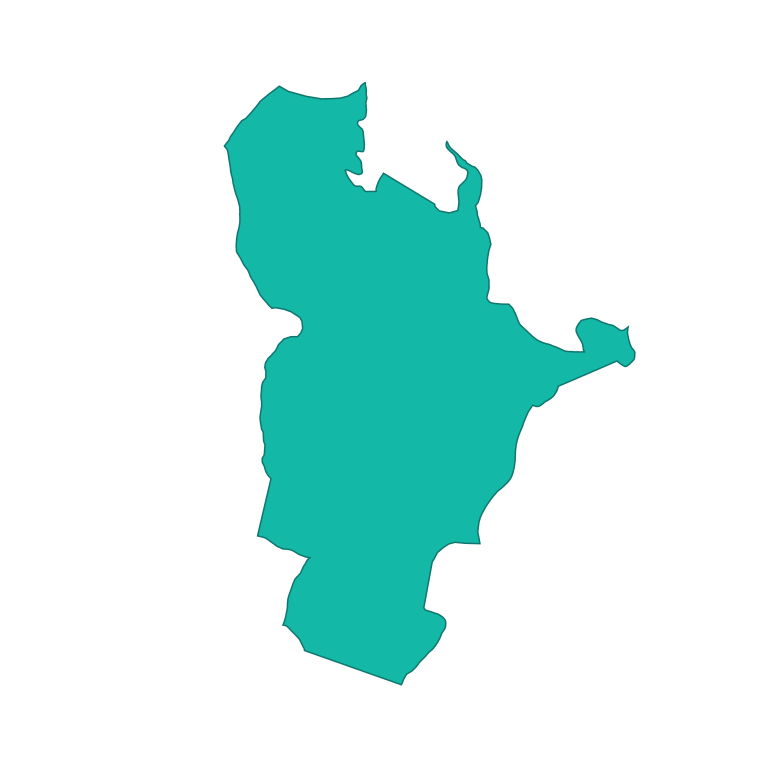 Monchy/Riviere Mitan, Gros Islet, Saint Lucia (Natural Earth projection), rotated 19°
{"feature_id": "8701671B97135267153779", "entity_name": "Monchy/Riviere Mitan", "entity_type": "district", "adm_level": 2, "iso_a3": "LCA", "parent_name": "Saint Lucia", "parent_adm1": "Gros Islet", "projection": "natural_earth1", "projection_center": [-60.94, 14.05], "detail": "fine", "context": "isolated", "style": "filled", "palette": "teal", "viewbox_px": 768, "rotation_deg": 19, "n_neighbors": 0, "source": "geoboundaries", "source_scale": "gbopen_adm2", "svg_char_len": 6170}
<svg xmlns="http://www.w3.org/2000/svg" viewBox="0 0 768 768"><g transform="rotate(19 384 384)"><path d="M268.2,105.3L267.9,105.3L265.3,109.0L264.2,114.7L259.9,119.1L256.2,123.5L249.7,127.9L242.2,131.0L232.0,134.8L217.0,137.3L198.3,138.5L188.0,136.5L185.4,140.6L181.0,147.0L178.8,150.7L176.2,154.8L175.6,156.1L174.9,157.0L174.3,159.2L172.3,164.9L171.2,167.5L170.9,168.5L167.1,177.5L166.5,178.4L163.8,181.3L161.2,189.2L160.6,191.8L160.2,193.7L158.4,199.7L157.9,204.6L157.3,205.8L155.6,210.9L159.4,213.4L160.0,214.2L161.8,217.1L163.8,221.1L164.5,222.3L165.8,224.8L166.5,226.0L168.6,230.1L169.8,232.8L171.4,235.5L173.7,238.8L176.1,243.5L180.7,250.7L185.6,257.0L187.8,260.2L188.8,261.9L189.6,262.9L191.9,268.6L192.2,270.1L193.5,273.3L194.8,277.1L195.3,279.2L196.0,283.2L196.4,289.3L197.6,295.4L199.2,301.4L201.6,307.1L207.5,311.9L212.6,316.9L218.2,320.7L220.8,323.5L222.8,326.1L227.7,330.0L231.5,333.5L237.9,340.1L242.3,342.9L247.0,345.5L249.5,347.1L253.4,348.9L256.4,347.2L264.8,345.9L272.5,345.9L282.8,348.5L286.1,351.5L289.0,358.0L288.7,363.1L286.8,367.4L280.6,369.6L274.5,374.2L273.9,376.0L271.5,380.9L270.8,386.8L270.5,387.7L270.1,389.1L268.6,392.0L268.3,393.4L266.1,397.4L265.6,400.2L265.1,401.9L265.2,403.6L265.9,407.2L268.1,410.3L268.5,411.2L270.0,416.0L270.1,417.2L268.7,421.9L269.2,426.5L270.6,431.3L271.2,434.1L272.3,437.2L274.0,440.5L275.7,445.3L275.9,446.9L276.7,451.5L277.7,456.2L279.7,460.5L282.5,465.7L283.2,466.8L284.2,467.6L285.1,468.7L285.7,469.2L287.0,472.9L288.8,477.2L291.3,480.3L292.2,483.6L292.5,484.9L293.4,488.1L293.7,489.9L293.7,491.0L293.1,494.2L294.4,497.6L298.0,501.2L299.1,503.0L300.5,504.9L301.4,505.9L304.0,508.1L307.6,510.1L308.0,510.5L313.9,568.8L318.8,568.3L321.9,568.2L324.4,568.8L332.4,571.2L333.6,571.7L336.4,572.4L340.2,572.6L342.1,572.9L345.4,571.9L347.3,571.5L349.3,571.2L350.5,571.2L352.8,571.4L356.9,572.3L357.5,572.6L360.4,572.9L366.1,573.0L370.4,572.5L368.9,575.2L368.6,576.5L368.1,579.8L367.3,582.6L366.6,589.9L366.3,590.9L365.7,592.1L365.1,593.6L364.5,594.7L363.3,597.7L363.0,602.6L363.0,610.0L362.9,612.8L363.0,616.4L363.3,619.2L363.9,621.5L364.1,622.7L365.5,627.0L366.0,629.9L366.1,631.3L366.8,635.7L367.0,639.4L367.1,641.0L366.9,644.8L370.4,644.4L370.9,644.6L373.7,645.8L374.7,646.4L377.0,647.6L384.8,651.5L387.0,652.8L389.2,654.8L393.4,659.0L394.6,660.1L395.3,661.1L395.6,661.9L498.3,662.7L498.6,659.9L498.7,656.9L499.3,653.7L499.9,650.9L503.8,646.3L505.1,643.7L506.4,641.1L508.3,635.2L512.0,627.7L512.7,625.6L513.8,623.1L516.2,619.0L517.6,615.2L518.3,612.8L519.2,608.5L519.5,606.8L519.8,600.8L521.0,596.3L521.2,594.8L521.2,593.6L520.7,591.4L520.4,590.3L519.5,588.4L518.5,587.1L516.0,585.6L512.7,584.5L510.0,584.0L496.6,584.2L494.5,582.7L487.5,536.4L488.3,533.4L489.3,526.2L493.4,519.2L497.4,514.1L502.6,510.6L513.2,508.0L526.7,503.7L520.8,493.3L518.8,484.1L518.5,479.1L518.8,474.9L520.0,467.7L520.7,464.8L522.7,457.8L524.0,454.1L525.0,451.9L525.7,449.7L527.1,447.1L528.8,444.6L532.3,438.0L533.3,435.7L534.1,433.4L534.6,431.1L534.8,428.6L534.8,426.2L534.3,420.8L532.9,413.7L530.1,404.6L528.7,398.2L528.3,394.1L528.1,389.5L528.2,386.5L528.7,378.7L528.6,374.5L528.8,372.3L529.0,368.5L529.5,363.3L531.4,355.8L535.2,355.7L536.3,355.3L538.0,354.4L540.2,351.7L542.1,348.3L543.2,347.2L545.3,344.8L546.8,342.7L547.7,341.1L548.6,339.0L549.6,334.5L549.7,330.7L549.3,329.6L596.8,286.4L600.6,287.8L605.5,289.0L606.8,288.8L608.0,287.8L609.7,285.2L611.6,281.3L612.2,279.9L612.4,278.9L612.4,277.8L610.8,271.9L610.8,272.3L608.9,270.5L606.7,269.4L603.8,266.4L600.9,262.3L599.1,259.3L597.6,256.4L596.6,252.8L596.3,250.6L593.2,255.1L591.8,255.8L589.7,256.3L583.8,254.6L581.8,254.2L580.6,254.1L577.1,254.6L570.0,254.6L564.4,253.8L558.7,254.2L554.2,256.7L549.9,259.6L548.4,263.6L547.7,267.5L547.7,268.9L548.0,270.2L548.6,271.8L551.2,274.7L556.6,279.4L558.6,281.4L561.0,285.6L561.3,286.7L563.1,288.4L561.0,289.0L559.7,289.7L557.8,290.2L553.2,291.8L551.6,292.1L547.4,293.4L544.6,293.9L543.0,293.9L537.1,293.2L529.3,292.9L527.9,292.7L524.5,293.1L520.7,293.2L517.5,293.0L514.4,292.5L508.8,290.6L494.2,284.0L492.5,282.9L490.6,281.0L485.1,274.4L484.0,273.5L481.4,270.8L478.7,269.2L477.7,268.9L476.7,268.1L475.6,268.0L471.6,269.4L467.9,270.5L461.2,272.1L459.2,272.3L457.8,272.3L454.9,270.9L454.1,270.4L453.4,269.4L453.0,268.3L452.7,265.7L452.4,261.5L452.2,259.5L451.8,258.1L450.3,254.3L449.9,252.8L449.3,251.3L447.0,248.1L445.4,246.0L443.2,240.3L441.1,231.8L440.2,226.9L439.8,223.9L439.6,220.6L439.7,217.9L439.5,217.1L436.5,212.0L433.5,208.0L432.6,207.1L429.0,205.4L426.8,204.3L424.2,204.6L422.7,201.3L420.1,197.7L419.4,196.5L417.3,193.9L415.8,190.5L412.5,185.8L413.9,181.6L413.6,173.8L412.5,167.2L410.1,159.3L407.6,155.2L403.4,151.5L399.5,149.4L396.3,149.4L390.7,148.2L388.0,146.3L386.5,146.3L385.3,146.0L378.8,142.7L373.1,140.4L370.2,139.2L367.8,137.5L365.6,135.1L364.6,134.4L364.5,136.1L365.0,137.8L365.6,139.1L366.7,140.2L368.1,141.1L371.1,142.6L373.4,143.4L375.6,144.5L377.1,145.6L378.2,146.8L380.5,149.9L382.9,152.3L384.1,152.9L386.3,153.6L388.2,154.0L389.6,153.8L391.3,154.2L393.0,154.8L394.0,156.0L394.6,157.5L394.9,159.4L395.1,161.0L395.0,163.1L394.6,164.9L391.2,171.7L390.8,172.9L390.8,175.1L391.1,177.0L391.7,178.9L395.6,187.4L396.7,192.1L397.2,196.0L390.0,201.0L380.0,202.3L374.4,199.7L373.4,197.5L314.9,184.9L314.4,187.4L313.4,191.0L313.1,193.0L312.9,194.7L312.8,199.5L313.0,202.0L313.8,204.5L304.8,207.7L303.5,207.9L302.6,207.5L300.3,205.8L298.3,204.7L296.7,204.8L293.6,206.0L291.8,206.0L290.3,205.5L286.2,202.8L283.3,200.7L280.6,198.2L277.7,194.4L279.6,193.5L283.5,193.8L285.1,194.2L288.0,194.4L289.8,194.4L291.9,194.2L293.7,193.0L294.4,192.1L294.6,191.3L294.6,190.6L294.2,189.8L292.5,186.9L291.1,183.3L290.2,181.6L289.1,180.4L287.0,178.9L284.3,177.4L282.9,176.3L282.4,174.3L282.8,173.1L283.2,172.4L283.8,172.2L285.5,171.8L286.8,171.7L288.3,171.1L288.8,170.5L288.8,169.4L288.7,168.2L287.3,163.4L282.1,152.2L281.1,150.9L280.5,150.2L276.6,148.5L274.9,147.5L274.1,146.2L273.8,144.9L274.0,144.0L274.5,143.1L278.0,140.7L279.3,138.1L279.5,136.8L279.4,135.8L278.3,130.9L276.4,126.5L275.6,124.8L275.0,123.3L274.9,120.0L274.5,118.8L272.8,115.8L271.3,111.1L269.0,107.3L268.2,105.3Z" fill="#14b8a6" stroke="#0f766e" stroke-width="1.5"/></g></svg>